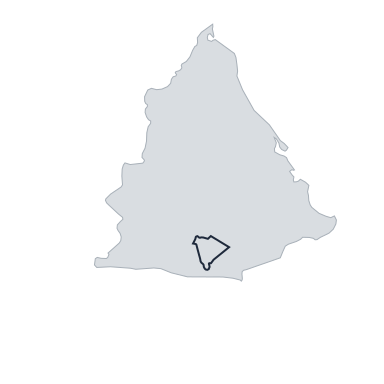 Nicaragua, with Granada highlighted, rotated 321°
{"feature_id": "NIC-655", "entity_name": "Granada", "entity_type": "Department", "adm_level": 1, "iso_a3": "NIC", "parent_name": "Nicaragua", "parent_adm1": "", "projection": "mercator", "projection_center": [-85.973, 11.905], "detail": "fine", "context": "in_parent", "style": "outline", "palette": "slate", "viewbox_px": 384, "rotation_deg": 321, "n_neighbors": 0, "source": "natural_earth", "source_scale": "10m", "svg_char_len": 2931}
<svg xmlns="http://www.w3.org/2000/svg" viewBox="0 0 384 384"><g transform="rotate(321 192 192)"><path d="M313.7,74.6L312.2,76.7L310.5,78.0L307.1,84.7L305.9,85.3L305.7,80.3L303.6,79.7L301.2,81.5L299.9,84.0L302.0,87.3L303.8,87.3L306.0,88.2L312.1,111.0L310.8,115.1L307.0,121.4L303.5,126.8L299.9,130.1L295.6,144.4L291.6,167.7L294.4,188.5L293.0,207.7L294.2,212.3L294.6,217.9L291.7,218.9L290.0,218.8L288.4,215.3L288.5,212.2L290.3,208.7L291.0,203.8L290.2,201.3L288.5,206.8L285.4,209.3L283.4,210.1L281.5,212.9L283.6,218.2L286.2,222.0L287.1,224.8L286.1,228.1L285.5,239.3L284.6,239.0L283.6,237.5L280.8,237.4L280.5,241.9L280.7,244.4L278.3,246.4L277.5,248.3L279.4,249.7L281.5,250.5L284.2,250.3L286.4,255.9L287.0,260.4L282.0,264.5L280.3,268.0L277.4,272.1L275.8,276.2L275.4,279.2L277.3,288.5L280.8,295.1L283.7,299.3L287.6,300.2L286.6,304.6L283.7,307.4L278.4,309.8L272.6,310.2L263.1,308.0L259.2,307.7L257.6,306.6L257.2,304.4L254.5,301.1L249.5,296.8L246.6,297.1L241.9,296.1L234.0,293.2L230.4,292.8L225.2,295.4L219.2,298.7L204.7,293.5L194.5,289.8L185.3,286.5L182.8,285.3L180.8,285.5L179.1,287.3L177.1,290.3L176.4,291.2L175.4,292.0L174.2,292.3L174.1,290.8L169.6,284.8L162.5,277.5L135.1,255.1L125.0,241.7L119.6,232.0L114.5,227.0L99.7,216.7L96.3,212.6L81.6,198.8L70.5,190.7L70.3,187.3L74.9,183.0L77.2,183.2L79.6,186.3L83.6,189.8L85.4,189.8L88.2,188.2L88.3,186.6L103.3,185.9L106.0,185.0L108.7,182.4L110.1,178.9L110.3,175.5L110.9,173.0L113.3,170.6L117.7,169.9L121.1,169.7L122.1,168.0L121.0,162.8L119.2,150.2L118.8,146.7L119.5,144.0L120.8,143.1L127.5,142.4L140.1,143.5L142.5,142.7L147.5,135.5L152.2,130.2L155.6,127.9L158.2,127.2L161.3,131.8L171.9,138.6L173.7,138.2L174.7,137.8L175.1,136.8L174.9,133.7L177.5,130.9L183.1,128.4L188.6,123.9L194.2,117.5L199.0,113.7L203.1,112.6L204.6,110.8L203.7,108.5L204.0,105.1L205.6,100.7L208.0,98.2L211.1,97.5L212.3,96.1L211.7,94.1L212.3,91.8L215.1,88.1L221.8,84.9L225.7,85.9L228.9,90.2L233.4,93.1L239.3,94.7L243.8,94.1L247.0,91.4L249.9,90.6L252.5,91.7L253.9,91.1L254.0,88.8L255.3,88.3L257.9,89.5L260.1,89.8L262.1,89.2L262.8,88.2L263.2,87.0L264.7,86.2L269.7,87.0L275.4,85.7L281.7,82.3L285.8,80.7L287.9,81.1L290.4,79.4L293.2,75.5L299.8,73.8L313.7,74.6Z" fill="#d9dde1" stroke="#a8b0b8" stroke-width="1"/><path d="M168.4,229.7L168.7,230.7L168.8,231.6L168.9,232.0L169.2,232.4L169.6,232.7L170.5,233.0L172.0,234.3L174.9,238.4L178.9,238.1L186.1,258.2L166.1,258.2L164.3,258.7L161.9,259.3L161.7,259.2L161.1,258.7L160.9,258.4L160.7,258.3L160.4,258.2L160.2,258.2L160.1,258.3L159.9,258.5L159.1,260.3L158.5,261.3L158.3,261.4L156.8,262.2L156.6,262.4L156.2,262.4L154.9,262.1L153.9,260.9L153.8,260.4L153.7,259.6L154.0,257.9L154.5,256.9L155.1,256.0L155.2,255.5L155.2,254.8L155.0,253.9L154.8,252.6L155.1,251.2L156.2,249.2L156.5,248.6L157.5,246.3L158.0,245.1L158.2,244.7L160.1,240.4L162.3,235.6L162.2,234.8L160.4,232.7L164.9,230.7L166.6,229.4L167.0,229.3L167.4,229.3L168.4,229.7Z" fill="none" stroke="#1e293b" stroke-width="2"/></g></svg>